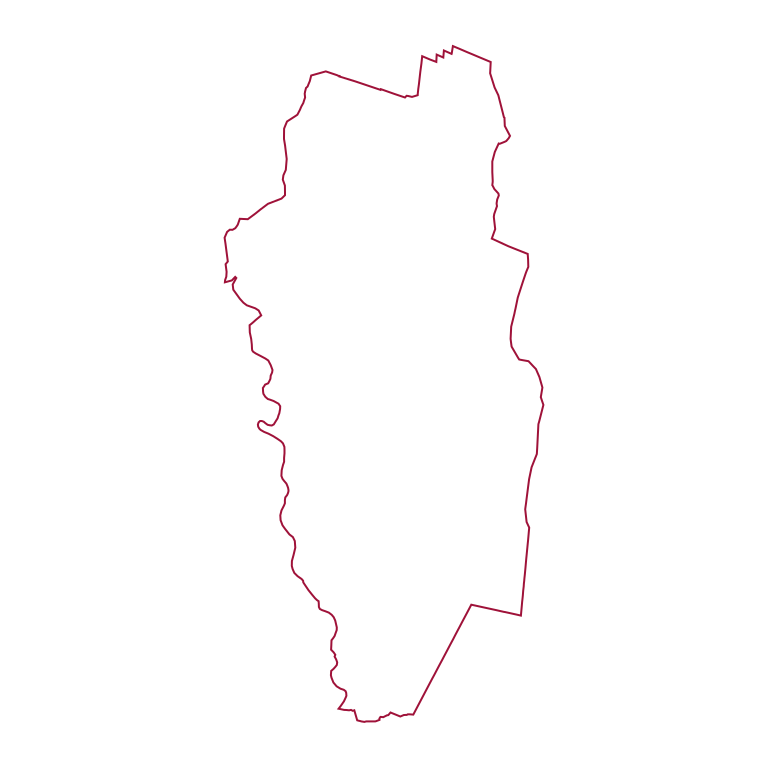 the district of Atoyatempan, Puebla, Mexico
{"feature_id": "50627088B54024314653329", "entity_name": "Atoyatempan", "entity_type": "district", "adm_level": 2, "iso_a3": "MEX", "parent_name": "Mexico", "parent_adm1": "Puebla", "projection": "mercator", "projection_center": [-97.911, 18.804], "detail": "fine", "context": "isolated", "style": "outline", "palette": "rose", "viewbox_px": 768, "rotation_deg": 0, "n_neighbors": 0, "source": "geoboundaries", "source_scale": "gbopen_adm2", "svg_char_len": 5127}
<svg xmlns="http://www.w3.org/2000/svg" viewBox="0 0 768 768"><path d="M413.3,714.6L429.6,683.6L432.4,678.3L434.2,675.0L436.5,670.6L439.5,664.9L442.2,659.9L443.6,657.2L445.4,653.8L447.3,650.2L448.4,648.1L449.4,646.2L450.4,644.3L453.3,638.9L453.8,637.9L455.6,634.4L458.4,629.1L458.9,628.2L462.2,621.9L467.2,612.5L471.3,604.7L484.1,607.5L496.1,610.1L504.0,611.9L504.8,612.0L508.0,612.7L512.1,613.6L517.5,614.8L520.9,615.6L521.6,608.0L522.2,601.3L522.3,600.5L522.6,597.8L522.8,595.9L523.2,590.7L523.7,586.5L523.9,583.4L524.2,580.9L524.4,578.5L524.8,574.8L525.5,567.4L526.2,559.3L526.5,556.3L527.9,542.0L528.0,541.1L529.2,527.6L526.6,522.0L525.8,514.7L525.2,509.3L525.7,505.6L526.0,503.5L526.6,498.6L527.5,491.6L529.1,479.2L531.6,467.2L531.9,466.5L535.2,458.1L535.7,456.9L536.8,454.1L536.9,453.1L537.2,448.0L537.5,442.0L537.9,434.0L538.1,430.0L538.4,424.2L539.2,421.4L540.3,417.1L542.4,408.8L543.4,404.9L541.6,399.6L541.0,397.7L540.8,397.2L542.4,387.5L539.4,377.0L535.9,369.0L535.5,368.6L533.1,366.1L529.0,361.7L528.5,361.2L522.3,360.1L519.2,359.5L518.1,357.8L512.4,348.0L511.6,346.6L511.2,343.7L510.8,340.5L510.6,338.8L511.2,326.6L511.8,324.2L514.4,313.7L514.9,311.2L515.5,308.6L517.7,297.9L517.8,297.5L519.5,292.2L523.0,281.4L525.9,272.8L526.4,271.5L528.3,266.9L528.1,259.6L527.7,253.9L527.4,253.8L515.8,249.2L508.3,246.2L505.7,245.0L491.8,238.6L493.9,232.7L495.2,229.1L494.3,221.3L493.8,216.8L494.2,214.2L494.3,213.8L497.0,206.1L496.7,204.4L496.6,203.3L497.2,199.5L498.8,195.5L498.6,194.4L498.4,193.5L494.4,189.1L492.7,185.8L492.3,185.2L492.7,181.9L492.7,180.3L492.3,172.0L492.3,171.3L492.3,161.5L492.4,161.1L494.7,152.4L494.8,152.0L498.7,143.5L499.7,143.8L504.7,141.8L506.3,141.0L508.7,138.2L510.0,135.9L504.8,126.0L504.5,119.1L504.5,117.8L503.9,117.2L502.8,112.8L499.4,99.5L498.7,96.7L498.3,95.2L494.6,87.5L490.1,73.2L490.2,72.2L490.7,62.0L479.0,57.1L473.3,54.7L472.6,54.4L467.3,52.2L466.6,51.9L459.4,48.8L458.2,48.3L452.9,46.1L451.7,53.6L451.6,53.9L443.9,50.5L443.3,57.5L436.7,54.6L436.3,61.9L429.7,59.4L422.2,56.2L421.4,63.7L420.3,71.9L418.9,84.4L418.3,88.7L417.8,93.4L417.7,95.2L412.0,96.9L408.2,96.0L406.6,95.8L405.0,97.5L394.3,93.9L380.7,89.1L380.3,89.6L380.3,89.8L355.3,81.4L339.4,76.5L339.5,76.0L338.0,75.7L337.1,75.2L325.8,71.4L311.2,75.5L309.8,81.1L308.5,84.2L307.6,86.5L306.0,88.0L305.0,91.9L305.0,92.2L304.7,93.7L305.1,97.5L304.1,100.4L303.9,101.0L303.3,103.0L301.5,106.2L300.9,107.5L300.0,109.7L297.4,114.7L295.5,116.0L287.0,121.5L285.3,125.6L284.1,128.6L284.0,136.7L284.0,139.0L285.1,145.7L285.5,149.1L286.7,159.0L285.8,169.9L283.4,175.3L282.8,179.6L284.7,185.0L284.9,185.6L285.0,192.1L285.0,195.2L281.5,198.6L268.0,203.8L260.3,209.6L255.6,213.4L247.8,219.2L239.8,218.8L237.8,224.6L236.7,226.3L235.3,228.2L232.5,229.8L229.8,229.7L227.1,231.9L224.6,237.7L225.5,243.8L227.8,261.5L225.6,264.2L226.6,271.8L226.3,276.7L225.1,280.1L224.9,282.3L231.9,280.4L235.2,276.9L236.3,278.0L232.7,284.5L233.3,289.7L239.8,298.7L243.4,302.7L246.8,305.3L255.0,308.2L255.9,308.7L258.7,310.5L261.2,315.4L255.7,320.0L253.5,322.0L251.5,323.7L249.6,325.2L249.8,332.4L251.2,339.0L251.8,344.5L252.0,348.8L252.2,350.3L253.1,351.7L255.8,353.5L261.0,356.2L265.3,358.5L268.3,360.5L270.7,365.1L272.5,370.0L272.1,372.5L270.7,375.6L270.4,378.8L269.6,380.6L268.2,383.3L265.1,384.6L264.4,385.8L262.9,388.0L263.1,391.8L263.4,393.8L265.3,396.8L267.8,399.0L269.8,399.6L273.6,401.0L278.5,403.7L280.2,406.2L280.1,409.0L279.3,413.3L278.5,415.3L277.6,418.3L275.7,421.3L273.8,424.4L271.8,425.5L269.9,425.3L267.6,424.8L265.3,423.1L263.7,421.7L261.8,421.0L260.1,421.0L259.3,421.7L258.6,422.4L257.9,424.5L258.2,426.7L259.3,428.6L260.6,429.9L264.1,431.9L268.5,433.7L273.1,436.1L277.7,439.0L281.0,441.3L283.0,443.4L284.4,446.9L284.5,449.9L284.5,453.3L284.1,457.9L284.1,461.8L283.0,465.0L281.7,470.2L281.4,475.9L282.5,478.8L284.1,480.9L286.4,483.6L287.3,485.7L288.1,487.9L288.5,490.2L288.4,491.6L287.9,493.3L287.1,495.1L286.4,496.0L285.3,497.4L284.9,500.0L284.9,503.3L284.0,505.5L281.5,510.4L280.3,515.3L280.6,520.2L282.5,525.3L285.0,528.8L289.4,534.4L292.9,537.1L294.8,541.0L295.3,547.7L293.5,555.2L291.9,561.0L291.8,565.9L292.6,569.0L294.3,572.9L297.6,576.2L301.6,579.0L303.1,580.7L303.3,582.4L304.2,583.8L308.5,590.2L312.1,594.7L315.1,598.3L317.1,600.2L318.6,601.2L318.8,603.9L318.9,607.0L319.8,608.9L322.0,610.1L325.2,611.2L328.8,612.6L331.7,614.8L333.7,617.2L335.2,620.5L336.8,627.4L336.7,630.1L335.7,632.8L334.6,636.0L333.2,638.1L331.5,640.3L331.3,645.6L331.1,649.7L333.7,652.4L335.3,654.8L334.6,656.6L335.4,658.0L336.2,659.5L337.2,662.4L336.8,665.0L335.3,666.9L333.6,668.8L331.2,670.9L330.9,675.2L331.5,677.7L333.4,682.5L336.6,686.3L340.5,688.7L343.8,689.8L345.6,691.2L346.2,692.9L346.4,695.8L345.8,697.3L343.9,701.4L340.7,706.0L338.6,708.7L344.1,709.9L346.3,710.0L349.1,710.3L351.0,709.9L352.7,710.8L354.3,710.3L357.2,720.3L359.0,720.8L360.0,721.0L361.3,721.4L364.4,721.9L366.3,721.4L375.2,721.4L375.7,721.3L379.5,719.9L379.4,718.5L380.5,716.9L382.0,717.0L383.2,717.2L384.6,716.5L387.0,715.3L388.3,715.1L389.1,714.2L390.5,712.5L400.3,716.5L403.9,715.0L406.8,714.9L407.8,714.3L409.5,714.3L413.3,714.6Z" fill="none" stroke="#9f1239" stroke-width="2"/></svg>